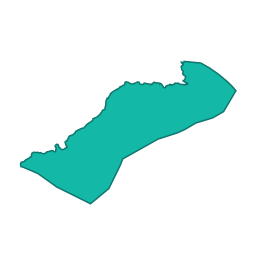 Goma, Nord-Kivu, Democratic Republic of the Congo (Equal Earth projection), rotated 107°
{"feature_id": "63176286B45383896961526", "entity_name": "Goma", "entity_type": "district", "adm_level": 2, "iso_a3": "COD", "parent_name": "Democratic Republic of the Congo", "parent_adm1": "Nord-Kivu", "projection": "equal_earth", "projection_center": [29.189, -1.656], "detail": "fine", "context": "isolated", "style": "filled", "palette": "teal", "viewbox_px": 256, "rotation_deg": 107, "n_neighbors": 0, "source": "geoboundaries", "source_scale": "gbopen_adm2", "svg_char_len": 2955}
<svg xmlns="http://www.w3.org/2000/svg" viewBox="0 0 256 256"><g transform="rotate(107 128 128)"><path d="M196.2,219.1L196.1,217.3L197.9,200.8L205.3,178.7L211.4,141.7L191.5,128.6L165.9,124.5L159.1,124.0L129.8,96.0L118.1,79.2L112.8,73.2L103.4,64.6L93.6,50.0L84.4,41.4L60.8,35.7L57.6,40.8L54.5,46.8L50.1,57.3L46.8,67.4L44.6,77.3L47.9,93.8L48.5,93.6L49.3,93.9L49.3,95.2L49.5,96.2L50.3,95.3L51.0,93.9L52.0,93.9L52.7,94.8L54.0,95.1L55.2,94.2L56.4,93.6L57.1,92.9L57.6,91.7L58.7,91.5L59.2,91.6L60.0,91.6L60.9,90.9L61.4,89.1L62.0,87.8L63.3,87.9L64.8,87.8L66.2,88.2L66.4,89.1L66.9,89.0L67.3,87.5L67.7,85.1L68.0,83.9L68.8,83.9L69.2,84.5L69.0,85.6L69.7,86.1L70.2,86.1L70.3,88.5L70.9,90.1L70.8,91.9L70.5,92.7L70.5,93.7L71.1,94.4L71.2,95.6L71.5,96.3L72.3,96.4L73.2,97.7L73.8,97.9L74.5,98.8L73.9,99.2L74.0,100.7L74.9,101.0L75.4,102.2L76.4,103.4L77.0,104.0L77.7,103.8L79.0,104.7L78.7,105.7L77.7,107.1L76.2,108.8L75.9,109.8L76.8,110.4L76.0,110.9L76.2,113.3L76.6,114.1L77.0,114.7L76.6,115.4L76.6,116.5L77.3,116.6L78.2,117.7L79.3,117.8L79.3,118.8L80.1,119.1L79.8,120.2L79.8,121.4L80.2,122.9L80.1,125.0L80.8,125.9L81.7,126.0L82.2,127.0L82.5,128.7L82.3,129.9L81.4,130.5L80.9,131.0L81.1,132.0L81.7,133.0L82.7,133.8L83.5,135.1L84.0,135.2L84.5,136.4L84.9,137.6L84.8,138.8L84.6,139.9L84.2,141.2L84.3,142.5L84.5,143.4L84.9,144.0L85.3,144.2L86.4,143.9L87.6,144.0L88.1,144.5L88.6,145.1L89.0,145.3L89.5,145.8L89.8,146.0L90.2,146.5L90.8,147.6L91.5,147.3L91.9,147.8L93.3,149.0L94.2,149.2L94.3,150.1L95.5,151.1L96.2,151.7L96.8,152.3L98.0,153.2L99.1,154.0L99.8,154.1L100.1,154.8L101.6,154.8L103.0,155.2L104.2,155.4L105.5,155.6L105.4,156.3L105.6,156.8L106.4,156.5L107.3,156.9L108.3,156.9L109.3,156.8L110.4,156.5L111.7,156.2L113.0,155.8L114.3,156.0L115.8,155.8L116.3,155.3L117.1,155.7L118.3,157.4L119.5,157.7L120.4,157.8L121.3,158.1L122.2,158.7L122.9,158.7L123.6,159.0L125.5,160.3L126.0,160.5L126.8,161.1L129.4,164.2L131.0,163.9L133.7,166.0L134.5,166.8L135.2,167.2L136.0,167.9L137.0,168.5L138.3,169.1L140.9,170.2L141.4,171.4L142.3,172.6L143.5,173.9L144.2,174.9L145.3,175.6L145.9,176.1L146.2,176.9L147.6,177.2L148.6,177.6L149.6,178.2L150.7,178.9L152.6,181.5L153.9,182.0L155.5,182.1L156.7,182.6L157.6,182.4L158.3,182.9L159.1,183.8L159.8,184.1L162.3,182.5L163.3,181.5L163.9,180.5L165.1,181.1L165.6,182.1L166.9,182.9L167.6,183.8L168.0,185.3L166.8,187.6L166.5,188.5L165.6,189.0L165.1,189.3L164.7,189.7L164.4,190.0L164.2,190.3L164.6,191.7L165.5,192.1L166.6,192.4L167.2,192.0L167.9,191.1L168.2,190.8L170.0,190.7L171.1,190.4L172.1,190.8L172.2,192.0L171.7,193.1L171.8,194.2L173.1,196.1L174.0,197.4L174.5,198.6L175.5,199.0L176.3,199.9L177.2,200.7L177.5,202.1L177.1,204.4L177.7,205.1L177.6,207.1L178.0,207.7L178.6,210.2L178.8,211.2L179.5,211.8L180.1,212.4L181.7,212.5L182.6,212.2L183.8,212.3L184.4,213.1L185.3,213.2L187.0,215.2L187.5,215.5L188.3,216.4L189.2,217.0L190.0,217.2L190.7,218.0L191.6,219.5L192.0,220.1L194.0,220.3L196.2,219.1Z" fill="#14b8a6" stroke="#0f766e" stroke-width="1.5"/></g></svg>